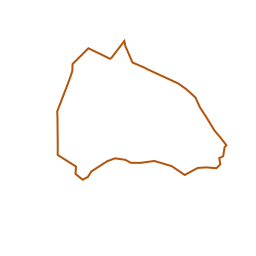 To'grog, Övörhangay, Mongolia, rotated 141°
{"feature_id": "93677404B32305835855955", "entity_name": "To'grog", "entity_type": "district", "adm_level": 2, "iso_a3": "MNG", "parent_name": "Mongolia", "parent_adm1": "Övörhangay", "projection": "mercator", "projection_center": [103.168, 45.3], "detail": "fine", "context": "isolated", "style": "outline", "palette": "amber", "viewbox_px": 256, "rotation_deg": 141, "n_neighbors": 0, "source": "geoboundaries", "source_scale": "gbopen_adm2", "svg_char_len": 713}
<svg xmlns="http://www.w3.org/2000/svg" viewBox="0 0 256 256"><g transform="rotate(141 128 128)"><path d="M79.1,41.7L76.0,47.2L71.8,46.2L65.1,52.2L62.4,52.7L62.2,62.3L62.4,71.5L60.4,86.6L59.1,98.9L56.4,109.2L58.2,121.2L61.0,131.1L76.2,161.9L76.9,163.9L83.3,176.1L78.4,193.6L76.1,197.9L96.8,192.9L98.5,193.2L108.6,214.9L130.9,212.6L135.0,207.7L138.3,205.4L147.6,199.8L172.5,185.5L175.4,181.6L175.6,181.3L193.7,158.5L199.6,151.3L192.7,130.8L196.9,126.2L197.7,125.4L195.8,116.4L190.1,115.2L183.8,117.3L165.2,115.3L157.2,112.6L150.3,105.2L149.0,102.4L148.8,101.8L147.8,99.3L140.5,93.2L128.3,85.8L118.0,70.8L113.5,55.8L99.0,53.1L91.9,48.1L84.6,41.1L79.1,41.7Z" fill="none" stroke="#b45309" stroke-width="2"/></g></svg>